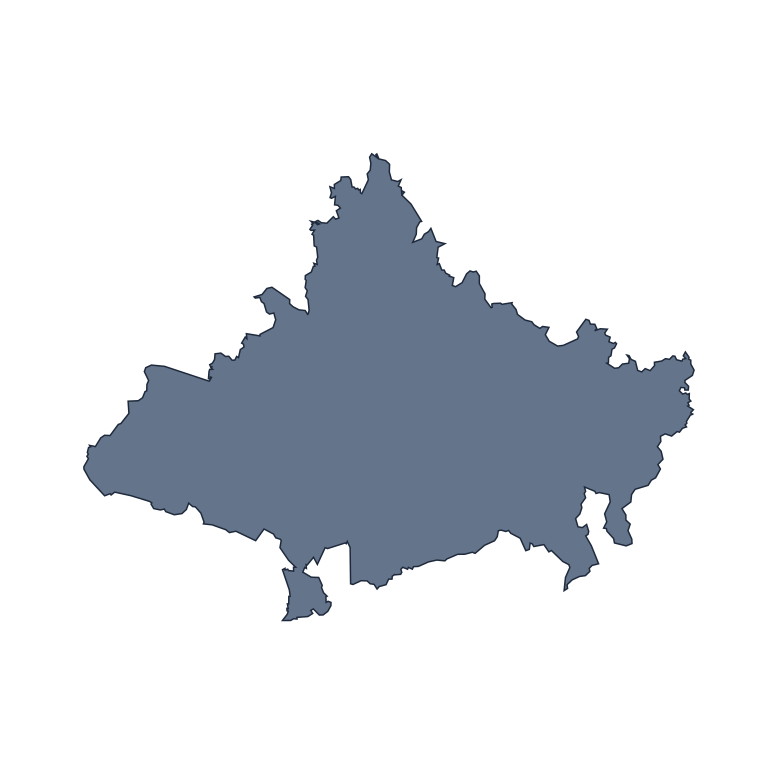 outline of Izúcar de Matamoros, Puebla, Mexico, rotated 262°
{"feature_id": "50627088B35864847350970", "entity_name": "Izúcar de Matamoros", "entity_type": "district", "adm_level": 2, "iso_a3": "MEX", "parent_name": "Mexico", "parent_adm1": "Puebla", "projection": "mercator", "projection_center": [-98.44, 18.506], "detail": "fine", "context": "isolated", "style": "filled", "palette": "slate", "viewbox_px": 768, "rotation_deg": 262, "n_neighbors": 0, "source": "geoboundaries", "source_scale": "gbopen_adm2", "svg_char_len": 6156}
<svg xmlns="http://www.w3.org/2000/svg" viewBox="0 0 768 768"><g transform="rotate(262 384 384)"><path d="M488.3,267.5L487.0,268.5L487.0,273.1L482.6,274.1L480.4,276.4L471.7,277.7L469.2,280.3L469.6,284.8L462.7,285.7L455.3,282.0L450.4,268.1L448.9,267.9L453.0,254.7L448.0,254.5L449.8,253.1L444.3,248.7L443.0,250.4L440.1,250.5L438.1,246.5L430.4,243.6L431.8,241.9L428.4,239.6L428.7,236.9L433.1,234.1L433.3,230.9L437.3,226.8L437.4,220.9L431.8,219.6L428.5,217.0L427.4,214.1L424.6,214.8L425.4,216.5L423.8,215.2L422.4,216.3L422.7,213.4L420.9,212.5L413.7,210.9L413.1,212.7L415.1,213.1L414.5,214.1L411.1,211.3L432.0,169.2L435.1,156.3L433.3,150.3L429.6,148.4L420.2,151.4L416.6,149.2L410.3,148.1L409.7,146.3L404.0,143.0L401.6,138.3L402.6,128.2L390.4,127.3L381.5,118.0L380.9,115.2L371.1,105.6L372.1,100.1L370.0,95.9L362.2,89.5L364.2,83.9L362.6,84.6L362.2,82.6L357.5,80.7L355.7,81.4L353.7,79.7L351.2,80.9L343.9,75.3L341.4,75.0L330.0,79.4L312.2,91.8L313.5,97.6L312.1,98.3L314.4,102.3L308.6,117.9L300.3,135.6L298.6,137.5L297.5,136.6L292.7,138.6L290.4,145.0L290.7,149.1L288.0,150.1L283.7,158.1L283.8,165.9L287.2,170.8L293.2,174.0L289.3,177.4L288.6,180.1L281.6,184.7L272.3,186.6L270.6,185.7L268.5,194.1L261.7,207.1L258.4,210.2L258.8,216.9L246.7,235.1L257.1,245.0L250.8,253.7L246.7,255.4L244.7,259.7L243.3,260.4L236.4,258.2L222.7,265.0L214.9,271.0L215.1,268.9L211.3,268.4L212.6,263.4L214.0,262.9L213.7,260.1L215.2,260.3L214.3,257.6L193.2,261.6L186.8,261.5L186.9,260.2L179.4,259.0L179.7,257.7L174.9,257.9L175.3,256.6L172.9,256.4L172.5,257.6L169.5,256.2L163.9,250.5L162.8,258.8L164.1,261.6L163.4,265.2L165.0,265.3L164.3,276.2L166.7,281.5L170.0,280.0L171.1,282.7L164.2,287.8L163.8,291.6L166.7,296.7L171.9,300.6L175.1,301.1L176.6,298.4L175.8,296.3L181.6,296.9L181.8,298.1L185.7,295.1L191.1,293.8L193.2,294.8L201.5,292.4L202.8,285.1L209.0,277.4L213.3,279.9L212.2,281.5L216.0,281.7L215.5,282.8L222.2,290.1L214.6,292.9L230.1,302.9L228.9,305.2L232.0,323.4L231.1,324.4L233.2,325.7L226.8,327.7L190.8,323.1L189.8,325.4L192.4,333.9L191.4,339.8L188.1,342.5L187.0,346.3L181.9,348.6L184.1,351.1L185.0,358.1L190.1,361.4L189.7,364.8L192.5,365.4L194.1,368.6L193.5,368.0L193.2,374.0L195.0,375.4L198.1,374.9L199.9,377.0L197.3,381.6L199.0,382.6L196.7,386.3L199.0,387.8L198.6,392.7L201.6,403.2L202.3,411.7L200.4,419.7L202.0,421.9L205.1,433.2L204.2,440.3L205.1,448.1L203.6,450.6L210.3,461.2L213.4,471.7L217.0,474.9L222.8,476.8L223.0,479.6L221.0,484.1L221.6,487.0L218.5,488.8L212.3,497.4L199.2,501.2L200.0,504.9L206.1,506.6L205.1,508.5L202.2,509.7L202.7,520.0L194.8,523.9L195.8,526.6L183.3,536.4L179.4,541.9L176.4,542.5L167.2,536.8L154.3,533.6L156.0,537.3L159.8,537.4L163.8,543.0L166.2,550.8L166.2,556.8L169.8,561.8L172.9,561.6L175.4,564.8L176.1,571.5L195.0,566.8L205.5,562.6L206.7,565.1L209.5,566.2L216.7,565.1L214.2,560.5L215.6,556.2L224.1,555.0L228.0,559.8L233.9,562.7L237.6,562.4L243.3,567.8L247.6,567.0L249.6,568.7L254.1,568.2L248.4,577.9L246.1,578.7L246.5,582.2L243.1,591.5L235.8,591.6L224.7,584.4L216.5,585.4L210.7,581.4L209.9,584.1L207.2,584.3L198.9,589.9L194.5,590.1L190.0,601.3L191.5,607.4L195.9,607.8L204.8,605.2L211.0,608.3L215.6,604.6L220.6,605.3L227.5,602.3L232.8,612.0L240.1,613.8L244.8,618.0L246.9,631.4L251.6,635.4L253.3,639.9L260.4,645.2L261.4,645.9L266.1,644.0L270.7,649.8L278.8,649.1L283.8,646.0L288.5,650.1L293.7,650.5L295.5,655.5L292.4,661.6L296.1,667.6L295.2,669.9L298.6,673.4L299.4,677.6L301.6,676.5L302.9,678.4L304.9,678.3L310.5,683.0L311.3,686.2L311.6,684.2L313.1,683.9L315.5,686.8L319.9,681.7L320.4,683.1L323.2,682.4L324.4,685.5L326.5,684.1L332.0,685.0L331.5,683.0L333.1,681.6L332.5,678.4L336.2,675.5L339.3,677.6L338.4,681.1L336.1,681.1L335.7,684.5L339.3,685.3L343.6,682.2L345.7,682.6L349.6,690.6L354.6,693.0L361.0,690.6L364.9,691.1L366.3,689.1L368.0,689.8L373.8,686.9L370.2,684.3L367.2,686.3L367.0,683.3L365.2,682.2L367.3,677.1L371.1,675.9L371.6,673.8L368.7,670.2L369.9,666.2L368.1,662.2L367.9,654.8L364.6,654.5L360.2,649.4L362.9,644.8L360.1,640.9L362.1,637.1L371.5,636.1L373.9,632.2L378.0,630.6L378.8,628.6L375.0,630.6L370.5,629.2L370.6,622.9L367.4,618.7L367.5,614.5L373.6,607.5L373.8,609.2L379.1,610.1L380.4,612.7L386.7,614.6L387.6,617.2L391.5,619.9L393.0,618.9L392.2,616.8L394.6,612.6L398.9,614.5L401.6,610.2L403.8,609.7L407.2,612.8L408.6,605.8L407.4,600.1L409.3,602.4L413.8,601.1L414.6,596.7L418.4,595.9L420.0,592.9L408.7,581.9L403.9,583.3L401.7,581.9L397.3,567.0L397.4,561.2L403.3,553.6L410.3,550.6L417.1,555.2L418.9,549.1L417.4,546.1L421.8,540.8L425.1,539.0L427.7,532.6L434.3,525.9L439.5,525.1L445.4,521.6L446.7,522.2L446.5,511.9L447.8,510.7L448.5,503.6L448.2,501.9L444.9,501.8L444.7,500.6L454.0,495.6L459.2,496.6L470.2,492.4L477.8,493.5L482.9,491.0L482.5,488.0L484.0,484.9L481.6,481.1L473.5,475.5L470.4,468.4L472.1,465.4L479.6,467.9L481.7,463.6L482.6,464.2L485.2,460.5L488.4,459.5L488.8,457.1L495.5,455.5L494.9,453.3L501.1,455.6L501.8,453.9L511.9,456.6L514.5,463.9L517.9,455.4L531.6,452.1L528.7,449.3L526.7,444.8L522.5,441.6L520.3,432.2L527.8,436.8L534.2,438.0L539.6,442.0L539.8,443.9L558.4,435.8L568.5,428.0L571.1,430.9L572.4,429.2L570.9,428.1L576.2,428.4L578.0,425.7L583.9,429.3L582.6,425.8L585.1,419.8L593.2,418.8L600.8,420.1L605.1,416.6L607.6,410.3L612.8,408.9L612.3,407.9L609.1,408.6L613.7,403.9L610.6,401.3L604.4,401.7L597.7,400.1L594.4,396.6L588.4,396.9L575.6,388.6L576.6,387.3L580.0,387.6L579.6,386.0L581.4,385.2L581.1,383.0L583.2,381.7L583.6,379.8L591.1,379.5L594.2,377.7L594.9,370.4L591.5,369.5L588.5,362.6L584.5,362.1L586.9,357.9L580.6,358.6L576.1,356.5L575.2,357.9L576.6,362.0L568.3,360.0L567.4,363.2L564.3,365.3L562.2,360.9L554.8,362.5L553.9,359.1L556.7,357.1L551.2,349.8L552.4,344.5L555.2,341.3L554.3,338.5L551.5,342.4L551.0,340.3L553.8,338.1L555.3,334.3L552.7,336.3L552.3,334.6L551.0,335.3L547.4,332.1L546.3,333.0L546.0,336.7L542.3,333.5L541.0,335.0L530.5,334.1L529.0,336.3L518.6,336.0L516.0,334.4L511.7,334.5L513.3,331.3L510.3,332.0L510.3,330.4L505.0,327.6L502.3,321.2L498.6,320.5L497.3,321.4L490.4,319.3L487.0,321.0L481.7,318.5L478.3,320.5L467.5,320.1L464.1,318.8L463.6,318.1L467.7,316.2L469.3,310.1L473.3,304.5L476.8,301.7L480.7,302.4L495.4,286.5L494.9,281.3L489.6,275.7L488.3,267.5Z" fill="#64748b" stroke="#1e293b" stroke-width="1.5"/></g></svg>